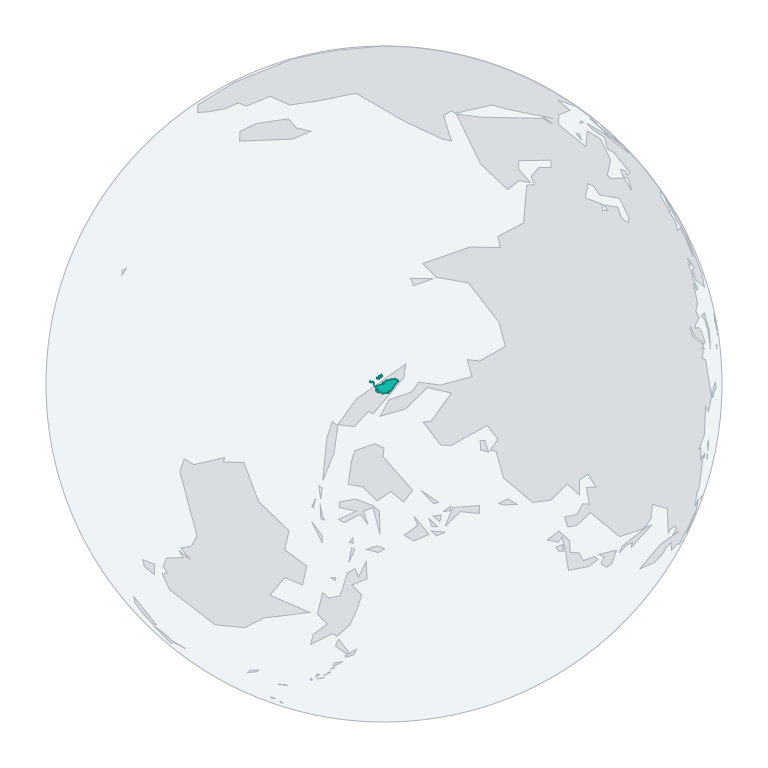 Sumatera Utara highlighted on a globe, orthographic projection, rotated 91°
{"feature_id": "IDN-381", "entity_name": "Sumatera Utara", "entity_type": "Province", "adm_level": 1, "iso_a3": "IDN", "parent_name": "Indonesia", "parent_adm1": "", "projection": "orthographic", "projection_center": [98.746, 1.854], "detail": "fine", "context": "on_globe", "style": "filled", "palette": "teal", "viewbox_px": 768, "rotation_deg": 91, "n_neighbors": 0, "source": "natural_earth", "source_scale": "10m", "svg_char_len": 12229}
<svg xmlns="http://www.w3.org/2000/svg" viewBox="0 0 768 768"><g transform="rotate(91 384 384)"><circle cx="384" cy="384" r="338" fill="#eef3f6" stroke="#a8b0b8"/><path d="M704.9,479.1L704.3,481.5L704.1,481.8L704.9,479.1ZM524.6,76.7L523.0,76.0L522.4,75.7L524.6,76.7ZM508.6,69.9L508.2,69.7L507.8,69.6L508.6,69.9ZM537.5,83.0L533.3,81.0L535.7,82.1L537.5,83.0ZM529.6,79.4L519.7,75.8L525.3,78.7L503.9,69.4L519.4,74.9L521.5,75.4L524.4,76.9L529.6,79.4ZM493.7,65.3L489.7,64.1L491.9,64.5L493.7,65.3ZM114.3,180.3L115.4,179.2L114.0,181.6L103.3,196.4L96.9,215.5L107.1,202.9L111.7,213.9L121.5,214.2L143.3,186.4L127.5,185.2L135.1,171.9L156.0,161.3L171.4,164.5L174.8,159.5L173.8,147.8L186.2,139.7L174.4,143.3L172.6,148.3L165.3,151.2L166.5,146.9L170.8,143.9L168.7,141.5L148.6,158.1L144.6,165.0L133.6,167.7L125.9,180.0L119.8,185.6L130.5,167.3L136.2,160.8L148.8,142.7L141.8,149.5L129.5,167.6L129.4,166.1L119.9,177.2L127.1,167.7L142.4,147.9L140.9,149.2L160.9,130.2L182.3,112.9L183.1,112.3L200.5,100.4L203.7,98.6L192.5,105.9L185.6,111.0L191.0,110.5L195.7,108.0L206.5,100.7L206.7,102.2L216.5,95.3L225.7,93.3L222.7,90.6L235.4,83.7L247.7,78.9L251.4,76.6L231.2,84.5L223.7,88.4L218.0,92.2L197.0,104.4L192.4,106.6L212.4,93.2L208.2,95.4L226.5,85.0L269.3,67.7L281.2,65.5L274.5,74.3L264.5,77.7L262.0,75.8L252.8,83.1L259.1,79.7L259.2,81.5L271.3,76.7L272.0,77.8L282.5,71.9L284.7,72.8L278.0,76.5L297.8,71.8L305.6,73.4L309.8,71.9L312.0,69.9L320.5,74.2L323.2,73.0L321.5,71.0L325.7,67.6L336.5,63.7L338.8,65.4L335.3,67.0L331.3,73.6L321.4,78.6L323.5,79.0L332.6,75.2L337.5,66.9L343.3,64.3L342.4,67.6L343.2,66.2L346.8,65.4L352.6,66.5L354.2,62.8L391.0,56.3L405.9,59.1L401.0,62.0L429.2,62.8L443.8,68.1L442.2,65.9L454.6,66.3L450.2,64.6L450.3,63.7L480.2,66.7L489.0,69.6L500.0,70.6L499.1,69.9L493.2,67.6L503.9,69.4L525.3,78.7L526.1,79.8L538.9,85.8L538.9,88.1L544.9,93.6L537.5,94.2L542.8,99.4L547.3,101.3L557.9,110.6L564.4,125.1L539.6,104.7L526.0,86.4L529.9,92.5L523.2,89.0L521.0,90.1L524.2,95.3L528.2,97.2L503.6,98.5L499.7,113.3L514.1,114.9L524.2,121.9L532.4,145.6L509.1,175.4L522.2,189.3L523.7,197.6L513.8,201.2L511.3,189.0L500.4,183.3L500.6,176.5L483.8,179.8L483.3,170.3L470.5,178.5L476.5,186.8L491.4,186.6L480.6,199.1L497.1,215.1L500.0,233.1L475.8,262.8L449.6,270.7L448.2,276.6L437.3,269.0L423.5,280.1L444.4,316.0L444.0,326.2L421.3,344.2L420.7,336.5L391.8,316.3L386.8,340.6L408.7,362.3L416.3,387.3L399.6,378.6L391.8,356.8L381.6,349.0L384.1,327.7L375.1,296.1L358.2,301.2L359.3,288.8L344.3,263.3L319.9,270.2L281.3,301.5L276.4,333.5L262.9,347.3L245.6,300.5L245.5,270.1L234.4,272.6L220.6,247.3L182.9,244.7L181.8,237.1L173.8,240.4L164.7,232.7L164.7,220.6L157.3,221.2L158.4,253.3L166.9,253.1L180.0,241.1L178.2,252.7L187.5,263.7L161.9,291.5L113.0,316.2L115.5,292.4L115.7,229.3L119.8,222.6L120.1,221.9L120.5,220.5L113.1,231.4L115.6,219.7L107.7,262.3L103.2,281.2L112.2,317.6L109.6,321.3L114.7,329.1L139.8,320.8L138.4,328.9L122.1,366.0L93.7,417.1L101.7,452.7L106.7,483.1L98.3,502.8L108.5,526.5L105.5,534.6L111.6,548.0L114.5,562.1L116.0,575.2L108.2,575.0L100.3,562.8L85.1,538.9L60.7,481.4L54.7,455.4L50.9,435.1L46.1,390.6L46.6,366.1L47.2,356.6L50.0,332.9L54.4,309.4L60.5,286.3L68.2,263.7L77.5,241.7L88.3,220.4L100.6,199.9L114.3,180.3ZM180.2,183.6L194.3,186.0L200.7,168.7L206.7,168.6L206.7,163.2L201.1,167.5L203.1,153.4L213.7,149.5L218.6,142.8L214.1,141.8L194.3,151.6L191.3,171.3L182.6,177.8L180.2,183.6ZM118.8,176.1L118.9,176.7L120.4,176.0L114.4,183.5L118.8,176.1ZM128.8,162.6L129.8,161.6L122.1,170.8L122.0,170.6L128.8,162.6ZM136.9,153.7L130.5,160.8L133.9,156.9L136.9,153.7ZM194.1,105.0L196.0,104.0L193.6,105.7L189.5,108.4L194.1,105.0ZM307.7,55.5L310.5,54.6L312.6,54.2L323.3,51.8L326.2,51.6L320.9,53.0L307.7,55.5ZM136.9,190.9L130.3,196.0L130.5,193.3L132.7,192.1L136.9,190.9ZM118.9,189.2L119.9,192.9L117.3,191.2L118.9,189.2ZM312.6,54.9L316.7,53.8L315.6,54.5L312.6,54.9ZM328.9,51.4L328.7,51.9L327.8,51.3L328.9,51.4ZM273.0,643.7L279.8,647.8L274.9,648.0L273.0,643.7ZM140.7,479.7L143.7,532.6L134.0,532.4L125.9,516.6L120.5,484.4L129.7,475.8L132.5,461.4L140.7,479.7ZM499.2,450.2L508.8,452.5L508.4,454.0L499.2,450.2ZM489.2,443.9L500.3,445.3L487.1,447.3L489.2,443.9ZM504.6,445.8L516.0,443.6L520.9,441.4L519.9,444.7L504.6,445.8ZM481.5,443.5L439.4,440.3L422.7,435.1L426.7,429.5L453.9,432.7L481.5,443.5ZM425.4,429.2L399.6,411.4L363.7,362.6L376.6,364.0L414.0,394.3L411.6,399.1L427.2,412.9L425.4,429.2ZM487.3,403.2L484.8,418.0L461.7,415.1L451.2,412.0L443.9,392.3L448.0,382.9L456.7,383.8L489.8,353.6L501.5,362.4L491.4,375.3L500.9,388.9L487.3,403.2ZM277.8,336.6L285.2,356.3L277.9,359.2L277.8,336.6ZM502.7,332.2L489.7,345.1L501.5,327.4L502.7,332.2ZM509.4,315.4L510.5,322.5L504.9,315.2L509.4,315.4ZM448.3,286.0L439.1,287.0L438.7,282.2L450.2,278.1L448.3,286.0ZM502.1,248.8L502.9,262.5L501.4,267.0L496.8,258.4L502.1,248.8ZM343.1,58.2L324.9,61.1L313.8,64.5L310.5,67.9L307.3,65.0L324.5,59.7L343.1,58.2ZM384.9,56.0L387.6,54.1L391.6,54.9L391.6,55.5L384.9,56.0ZM382.9,54.9L376.5,52.9L381.5,51.8L385.5,53.6L382.9,54.9ZM343.9,51.9L338.3,52.6L339.4,51.9L343.9,51.9ZM628.5,607.7L628.0,611.0L618.6,620.1L607.5,628.9L600.7,630.7L628.5,607.7ZM564.0,622.1L568.3,610.0L578.4,610.4L570.3,620.5L564.0,622.1ZM635.9,601.0L644.5,591.2L652.2,577.5L645.8,590.3L647.1,592.1L629.4,610.5L635.9,601.0ZM539.2,568.3L475.3,586.5L462.4,582.5L467.9,572.8L460.4,542.2L464.9,543.1L464.8,522.9L503.8,507.3L532.4,476.5L551.5,480.3L567.5,458.1L586.4,461.9L579.3,479.9L597.2,494.5L613.7,454.3L620.2,500.7L630.1,518.9L627.6,548.7L593.3,594.7L577.7,602.4L576.7,597.4L569.8,601.7L561.8,598.4L561.2,581.7L554.2,586.0L562.8,574.6L551.7,584.3L549.4,573.5L539.2,568.3ZM672.3,504.4L673.8,506.2L674.9,515.1L672.5,512.8L672.3,504.4ZM700.5,486.9L700.0,491.1L698.8,491.3L700.5,486.9ZM704.1,481.8L702.7,482.6L704.9,479.1L704.1,481.8ZM686.3,480.3L686.7,483.5L685.9,484.3L686.3,480.3ZM685.8,479.2L687.5,474.9L686.7,479.5L685.8,479.2ZM679.6,452.3L681.0,450.3L681.4,452.2L679.6,452.3ZM523.0,453.8L536.8,443.1L544.0,442.8L523.0,453.8ZM678.2,446.9L675.1,445.8L675.6,443.5L678.2,446.9ZM678.9,441.4L678.8,438.0L680.1,446.3L678.9,441.4ZM673.1,432.5L676.8,439.4L672.6,433.1L673.1,432.5ZM670.6,432.8L667.8,429.6L668.0,428.6L670.6,432.8ZM634.3,430.8L645.6,452.7L635.7,450.4L624.9,436.4L615.1,446.5L593.8,441.8L599.1,435.3L596.5,424.2L573.6,417.2L569.0,409.8L577.4,406.0L561.9,398.8L579.0,397.5L585.7,412.6L595.2,402.6L611.0,407.4L625.9,414.3L637.2,426.9L634.3,430.8ZM578.5,429.0L581.4,429.4L578.6,433.4L578.5,429.0ZM662.3,420.4L666.4,428.3L665.8,430.0L663.7,428.5L662.3,420.4ZM639.9,424.9L652.4,415.1L655.2,415.9L646.8,427.9L639.9,424.9ZM649.7,406.9L655.2,409.6L657.9,416.8L656.7,418.5L649.7,406.9ZM543.7,412.1L543.0,416.0L538.4,412.4L543.7,412.1ZM549.6,410.3L563.1,416.0L548.3,413.5L549.6,410.3ZM507.5,392.8L511.6,402.4L524.6,397.6L514.7,405.3L523.3,421.5L520.1,427.1L511.7,409.6L508.3,426.6L502.5,425.9L499.6,410.8L505.5,393.3L511.3,386.4L534.7,385.4L507.5,392.8ZM549.6,398.8L546.0,387.6L548.7,380.7L552.6,386.8L549.6,398.8ZM534.9,360.9L524.8,347.8L515.9,351.7L533.5,336.4L540.3,351.3L534.9,360.9ZM525.8,333.5L517.5,336.9L525.8,327.9L525.8,333.5ZM515.2,332.7L513.9,324.2L520.6,325.9L515.2,332.7ZM530.1,334.2L531.1,320.2L534.8,328.8L530.1,334.2ZM510.2,305.6L525.1,320.3L506.3,313.0L503.9,286.4L511.8,286.5L510.2,305.6ZM544.1,209.1L541.3,202.3L548.0,201.7L548.0,206.5L544.1,209.1ZM567.1,196.3L548.8,199.5L533.7,203.4L539.1,207.0L537.2,217.9L528.0,206.5L537.5,195.6L549.2,194.9L549.4,186.2L557.1,181.6L552.9,170.6L555.7,166.8L563.1,176.8L567.1,196.3ZM550.6,166.1L546.1,148.5L559.4,153.1L563.4,158.0L559.8,163.8L553.0,160.9L550.6,166.1ZM548.9,145.9L542.2,143.2L521.6,118.0L520.5,114.1L543.3,134.2L538.2,133.0L541.0,138.8L548.9,145.9ZM491.8,65.1L489.9,64.2L493.7,65.5L491.8,65.1ZM447.6,62.7L448.5,61.8L452.8,62.9L447.6,62.7ZM453.2,60.1L447.6,59.4L452.5,59.4L453.2,60.1ZM435.4,58.4L445.0,58.8L437.2,59.6L435.4,58.4Z" fill="#d9dde1" stroke="#a8b0b8" stroke-width="1"/><path d="M386.4,393.4L386.4,393.2L386.1,392.9L386.3,392.6L386.2,391.9L386.1,391.5L386.1,391.4L385.9,391.2L385.8,391.3L385.7,391.1L385.8,390.6L385.7,390.4L385.5,390.1L385.4,390.0L385.4,389.9L385.4,389.7L385.0,388.3L384.5,387.3L384.5,387.2L384.6,386.9L384.3,386.6L384.2,386.4L384.1,386.1L383.9,386.0L383.8,385.7L384.0,385.8L384.3,385.6L384.4,385.4L384.5,385.1L384.4,385.0L384.2,385.0L384.2,384.9L384.2,384.7L383.9,384.4L383.8,384.5L383.8,384.8L383.7,384.7L383.0,383.8L382.8,383.5L382.2,383.2L381.7,383.1L381.5,382.9L381.2,382.9L381.1,382.7L380.8,382.5L380.5,382.2L380.2,382.0L380.4,381.2L380.2,380.6L379.9,380.4L379.8,380.0L379.8,379.7L379.8,379.3L380.0,379.2L379.9,378.9L379.9,378.7L380.0,378.4L379.9,378.3L379.8,378.2L379.6,378.2L379.4,377.9L379.2,377.8L379.1,377.7L379.1,377.4L379.0,376.8L379.2,376.7L379.3,376.5L379.2,376.4L379.1,376.2L379.0,375.9L378.8,375.8L378.8,375.7L379.3,375.6L379.5,375.3L379.5,375.1L379.2,374.9L379.0,374.6L379.1,374.4L378.8,373.9L378.7,373.8L378.6,373.4L378.3,373.0L378.3,372.9L378.9,372.4L379.0,372.2L378.9,372.0L379.0,371.8L379.3,371.8L379.6,371.5L379.7,371.2L379.8,370.7L379.9,370.3L380.0,370.2L380.0,369.9L380.3,369.8L380.4,369.7L380.7,369.6L381.2,369.6L381.2,370.2L380.7,370.3L380.7,370.5L380.9,370.5L381.0,370.5L381.2,370.3L381.4,370.9L381.7,370.8L381.9,370.8L382.0,370.9L382.2,371.0L382.4,371.1L382.6,371.3L382.8,371.3L383.0,371.5L383.6,371.9L383.7,372.1L383.7,372.3L383.8,372.5L384.3,373.0L384.9,373.2L385.2,373.3L385.5,373.5L385.8,373.6L386.1,373.8L386.6,374.0L387.1,374.4L387.7,374.8L387.8,374.9L388.0,374.9L388.0,375.0L388.4,375.3L388.5,375.5L388.8,375.8L389.0,375.9L389.5,376.0L389.8,376.1L390.1,376.5L390.4,376.8L390.5,377.0L390.9,377.2L391.0,377.4L391.3,377.5L391.4,378.4L391.4,378.5L391.2,378.7L391.2,378.9L391.1,379.0L391.3,379.1L391.3,379.3L391.4,379.5L391.5,379.6L391.5,379.4L391.5,379.1L391.2,379.0L391.3,378.9L391.5,378.8L391.8,379.1L391.8,379.4L392.0,379.8L392.1,380.0L392.2,379.9L392.1,379.6L392.1,379.2L392.3,379.0L392.6,378.9L392.6,379.0L392.8,379.2L392.9,379.4L393.0,379.7L393.2,379.8L393.1,380.2L393.0,381.0L393.1,381.4L393.2,382.1L393.3,382.7L393.3,382.9L393.1,383.4L393.1,383.6L393.2,383.8L393.5,384.1L393.7,384.6L394.0,385.1L394.0,385.3L393.9,385.6L393.5,385.9L392.0,386.6L391.9,386.7L391.8,386.8L392.1,387.2L392.2,387.3L392.2,387.5L392.6,387.9L392.7,388.1L392.7,388.3L392.6,388.6L392.7,389.1L392.6,389.8L392.4,390.1L392.4,390.3L392.4,390.5L392.1,390.5L391.9,390.4L391.7,390.3L391.2,390.1L390.8,390.0L390.5,389.8L390.4,389.8L390.2,389.9L389.9,389.8L389.7,389.7L389.6,389.8L389.8,390.1L390.2,390.3L390.3,390.8L390.6,391.0L390.7,391.3L390.9,391.6L390.9,391.8L390.9,392.0L390.7,392.1L390.3,392.2L390.1,392.1L389.6,392.0L389.4,391.8L389.2,391.7L388.9,391.6L388.7,391.7L388.1,392.0L387.8,392.0L387.6,392.1L387.1,392.7L386.4,393.4ZM379.2,389.1L379.2,389.3L379.1,389.5L379.1,389.4L379.0,389.6L379.0,389.8L379.0,390.1L379.0,390.4L378.9,390.7L378.9,391.1L378.9,391.3L378.6,391.6L378.4,391.6L378.2,391.6L377.9,391.5L377.7,391.4L377.8,391.3L377.7,391.1L377.6,390.7L377.4,390.4L377.3,390.1L377.1,389.9L376.6,389.5L376.6,389.4L376.3,389.3L376.0,389.4L376.0,388.9L375.9,388.7L375.6,388.2L375.3,387.9L375.3,387.7L375.2,387.6L375.1,387.4L374.9,387.3L374.7,387.0L374.5,386.8L374.3,386.7L374.2,386.6L374.3,386.5L374.5,386.5L375.1,386.6L375.3,386.5L375.6,386.2L375.7,385.9L375.8,385.8L375.9,386.0L376.0,386.0L376.3,386.1L376.6,386.2L376.6,386.3L376.8,386.5L377.2,387.0L377.3,387.1L377.3,387.4L377.8,387.9L377.9,388.0L378.2,388.1L378.4,388.2L378.5,388.4L378.6,388.6L379.0,388.7L379.0,388.8L379.2,389.1ZM382.6,397.6L382.6,397.8L382.6,398.1L382.6,398.3L382.5,398.1L382.4,398.2L382.2,398.0L382.1,398.4L381.9,398.3L381.5,398.1L381.2,398.0L381.4,397.9L381.6,398.0L381.7,397.5L381.7,397.1L381.9,396.8L382.1,396.7L382.1,396.4L382.3,396.5L382.5,396.9L382.6,397.1L382.6,397.3L382.6,397.6ZM382.4,395.9L382.5,396.1L382.9,396.6L382.9,396.8L382.8,397.0L382.6,396.8L382.0,395.9L381.9,395.8L381.7,395.4L381.6,395.2L381.4,395.0L381.5,394.9L382.0,395.0L382.4,395.6L382.4,395.9ZM382.8,394.0L383.1,393.9L383.3,393.9L383.6,393.9L383.8,393.9L384.0,394.0L384.4,394.0L384.5,394.1L384.6,394.3L384.1,394.4L383.9,394.5L383.7,394.5L383.3,394.4L382.8,394.4L382.7,394.3L382.7,394.1L382.8,394.0ZM382.9,385.0L383.0,385.1L383.1,385.3L382.9,385.4L382.5,385.3L382.3,385.2L382.2,385.2L382.2,384.9L382.3,384.9L382.6,385.1L382.9,385.0Z" fill="#14b8a6" stroke="#0f766e" stroke-width="1.5"/></g></svg>